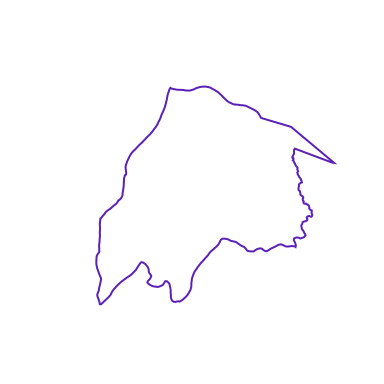 the district of Afuá, Brazil, rotated 329°
{"feature_id": "56859067B62888902552010", "entity_name": "Afuá", "entity_type": "district", "adm_level": 2, "iso_a3": "BRA", "parent_name": "Brazil", "parent_adm1": "", "projection": "mercator", "projection_center": [-50.76, -0.237], "detail": "fine", "context": "isolated", "style": "outline", "palette": "violet", "viewbox_px": 384, "rotation_deg": 329, "n_neighbors": 0, "source": "geoboundaries", "source_scale": "gbopen_adm2", "svg_char_len": 6081}
<svg xmlns="http://www.w3.org/2000/svg" viewBox="0 0 384 384"><g transform="rotate(329 192 192)"><path d="M328.8,240.2L310.8,188.2L310.4,187.1L291.1,166.0L289.3,164.0L289.4,162.7L289.5,158.9L289.1,156.9L288.3,155.0L287.3,153.2L283.5,147.2L282.4,145.7L279.7,143.4L279.0,143.1L278.0,142.3L276.4,140.9L274.5,139.6L272.9,138.3L272.4,137.7L269.9,134.0L269.2,132.6L267.8,127.6L267.2,124.7L265.7,119.8L264.1,116.6L262.9,114.6L261.6,112.2L260.9,111.3L258.6,109.2L257.4,108.3L255.4,107.2L253.7,106.4L250.3,105.4L247.9,105.0L247.2,105.1L246.6,105.0L242.9,104.1L241.4,103.4L238.6,101.5L237.6,100.5L235.7,99.1L232.8,97.3L231.2,96.1L230.4,95.3L229.1,94.2L228.6,93.6L227.6,92.7L227.1,91.6L225.7,92.3L223.9,93.9L223.1,94.5L222.2,95.2L220.4,97.0L217.8,100.0L213.0,104.8L211.5,106.0L208.4,108.3L206.2,109.7L204.8,110.8L202.6,112.7L201.6,113.3L201.0,113.8L199.7,114.4L197.5,116.1L195.7,117.0L193.6,118.0L192.6,118.3L188.9,119.9L185.0,121.1L183.9,121.3L181.1,122.0L178.2,122.9L177.0,123.1L175.7,123.6L170.9,124.6L169.3,125.1L167.3,125.6L165.1,126.3L163.5,126.6L160.8,127.3L158.1,128.6L157.4,129.0L155.6,130.1L152.9,131.9L151.6,132.8L151.0,133.5L149.7,134.4L148.6,135.5L147.6,136.9L146.6,139.1L146.1,140.4L145.1,142.3L144.4,143.1L143.0,143.1L142.3,144.0L140.9,145.2L139.6,147.0L139.0,148.0L138.3,149.0L136.3,152.0L133.3,155.7L132.1,157.0L131.0,158.7L130.3,159.4L128.8,160.3L127.8,160.9L127.0,161.1L125.4,161.4L124.5,161.3L123.9,161.9L121.1,163.0L120.1,163.1L118.4,163.3L115.1,163.9L114.0,164.2L113.3,164.3L111.7,164.3L109.1,164.5L108.4,164.6L107.2,165.0L105.6,165.8L104.1,166.3L103.2,166.5L101.6,167.2L100.8,167.5L99.8,167.5L99.1,168.7L98.4,169.4L96.0,172.7L94.8,175.3L91.4,180.3L91.2,181.0L90.9,181.6L89.7,183.3L88.3,185.2L87.5,186.5L86.7,187.5L84.7,190.1L83.3,192.9L82.6,193.9L82.1,195.1L81.2,195.9L79.5,196.5L77.8,197.5L77.0,198.2L76.7,198.7L76.0,199.5L75.6,200.3L74.5,201.8L73.1,204.1L72.8,204.7L71.9,207.2L71.3,209.0L71.2,209.9L70.4,213.6L70.2,215.0L69.8,217.0L69.8,217.8L69.7,218.7L69.3,219.7L68.5,220.7L66.3,223.1L62.8,226.6L61.2,228.6L58.5,230.6L57.8,231.4L57.4,232.2L57.1,233.1L56.8,235.3L56.4,236.8L56.1,238.4L55.8,239.1L55.2,240.7L56.2,241.4L62.1,240.1L63.9,239.7L65.7,239.3L66.5,239.1L67.7,238.8L69.6,238.0L71.6,236.6L72.8,236.0L75.4,234.9L76.7,234.6L77.6,234.3L80.1,233.6L81.8,233.2L84.2,232.7L86.2,232.4L88.4,232.2L90.0,232.1L91.9,231.8L93.8,231.8L94.6,231.8L95.6,231.7L97.1,231.6L99.9,230.9L101.3,230.5L104.1,229.8L106.2,228.6L108.9,227.3L110.4,226.6L111.6,226.2L112.5,226.1L113.9,227.5L114.9,229.8L115.4,233.2L115.3,234.5L115.1,235.7L114.8,236.4L114.2,237.4L113.9,238.3L113.7,239.7L113.9,241.5L113.9,242.7L113.5,243.4L111.3,244.8L110.4,245.0L108.5,245.6L107.9,245.9L107.2,246.5L107.2,247.4L107.7,248.9L108.4,250.4L110.0,252.7L111.0,253.6L111.6,254.0L113.4,255.5L114.7,256.1L116.5,256.4L118.9,256.7L120.2,256.2L121.0,255.8L123.2,254.7L124.7,255.8L125.1,257.5L125.3,259.2L124.4,261.9L124.0,263.1L122.9,265.7L122.0,267.0L120.8,269.6L120.1,270.6L119.7,271.3L119.4,272.1L119.0,274.3L119.0,274.9L119.2,275.5L119.7,276.6L120.2,277.0L121.1,277.6L123.0,278.2L123.9,278.6L125.0,279.6L128.1,279.6L129.5,279.3L130.8,279.1L133.1,278.6L135.3,277.9L135.7,277.5L136.9,277.1L138.8,275.9L139.9,275.4L142.2,273.3L142.8,272.5L144.4,270.0L147.4,266.2L149.3,264.5L150.0,263.9L150.6,263.5L151.1,263.0L151.8,262.6L153.1,261.6L157.1,259.9L158.3,259.2L159.1,259.0L162.3,257.7L163.1,257.5L163.8,257.2L165.0,257.0L165.8,256.6L166.8,256.4L167.5,256.1L168.4,255.9L169.1,255.6L171.8,254.9L172.7,254.5L173.4,254.4L173.9,254.0L174.7,253.7L175.5,253.3L177.0,252.8L177.7,252.7L178.4,252.5L182.0,251.9L183.4,251.6L185.0,251.4L186.4,250.9L187.3,250.7L188.9,249.8L189.8,249.4L190.8,248.6L191.7,248.0L193.0,247.7L193.8,247.7L194.4,247.9L196.0,248.9L196.8,249.4L198.8,251.5L199.3,252.5L200.4,254.2L202.8,256.3L204.2,258.0L205.1,260.2L206.2,262.6L207.0,264.1L208.3,265.7L208.5,266.4L208.9,268.0L209.0,269.9L209.2,270.8L209.7,271.5L211.4,272.9L212.2,273.4L213.9,274.5L214.8,274.7L216.2,274.5L217.7,274.5L218.6,274.5L220.4,275.0L222.0,275.8L222.5,276.4L222.9,277.1L223.6,279.1L224.2,280.0L224.5,280.5L225.2,280.9L226.0,281.3L227.6,281.3L230.3,281.2L231.9,281.3L235.1,281.7L237.5,281.7L239.1,281.8L240.0,282.2L241.3,282.7L242.1,283.6L242.8,284.6L243.3,285.3L243.9,286.4L245.0,287.5L246.3,288.2L248.2,289.1L249.6,289.6L251.5,291.1L252.3,291.8L252.5,292.4L253.3,291.6L253.9,290.0L254.2,289.2L254.3,287.9L254.4,286.6L254.5,285.8L254.9,285.1L255.6,284.4L256.8,284.5L257.6,284.7L258.3,284.9L259.9,286.0L260.5,287.1L260.9,287.6L261.8,287.9L262.4,288.0L264.9,288.4L266.1,287.9L266.9,287.7L267.4,286.7L267.1,285.4L267.3,284.6L267.3,283.8L267.5,282.6L267.4,281.9L267.1,281.0L267.2,280.1L267.6,279.2L267.7,278.6L268.0,278.0L268.4,277.2L268.9,276.7L270.0,276.2L270.5,275.6L271.2,274.9L272.4,274.9L274.3,275.5L275.9,275.6L276.5,275.3L276.9,274.6L277.0,273.9L277.2,273.0L277.9,272.6L278.6,272.5L279.5,272.7L280.3,273.1L281.0,274.3L281.7,274.7L282.5,274.4L283.3,273.7L283.8,271.2L284.6,270.4L285.2,269.5L284.7,268.8L284.0,267.7L284.0,266.6L284.5,265.8L284.9,264.9L285.1,264.2L285.1,263.5L284.7,262.7L284.2,262.1L284.2,261.5L283.9,260.8L283.2,260.5L282.6,260.1L282.1,259.6L282.1,258.9L282.2,258.1L282.9,257.6L282.8,256.9L282.8,256.1L283.1,255.3L283.7,254.7L284.5,254.2L284.7,253.3L284.6,252.8L284.4,252.2L284.1,251.6L283.7,251.1L283.6,250.3L283.7,249.7L284.2,248.9L284.5,248.3L284.7,247.4L284.9,246.3L284.4,245.6L284.4,245.0L285.2,243.7L286.1,242.6L286.8,241.9L287.4,240.7L288.4,240.3L289.8,240.2L291.2,240.4L291.5,239.4L291.6,238.2L291.7,237.5L292.0,237.0L291.8,236.2L291.8,235.5L291.8,234.9L291.6,234.3L291.7,233.4L291.7,232.5L291.7,231.4L292.0,230.7L292.2,229.6L292.9,229.2L293.6,229.0L293.8,227.9L293.9,226.9L294.3,226.3L294.9,225.8L295.0,224.8L294.7,224.0L294.6,223.3L294.6,222.6L294.7,221.9L294.7,221.0L295.0,220.4L294.7,219.7L294.9,219.1L294.9,218.5L295.1,217.7L294.7,216.8L296.0,216.1L296.3,215.1L295.7,214.6L295.9,213.7L296.8,213.3L297.5,212.7L298.2,212.3L299.0,211.9L299.5,211.2L300.0,210.3L300.4,209.6L300.8,209.1L301.2,208.6L301.7,208.1L302.5,207.8L327.3,239.0L328.8,240.2Z" fill="none" stroke="#5b21b6" stroke-width="2"/></g></svg>